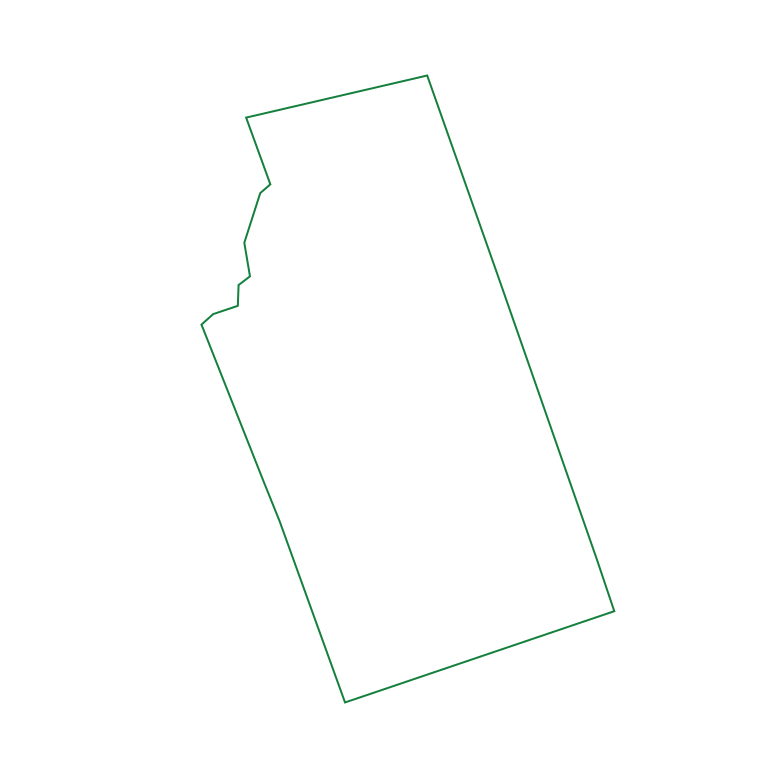 Pike, Ohio, United States of America (Mercator projection), rotated 67°
{"feature_id": "52423323B24396319361709", "entity_name": "Pike", "entity_type": "district", "adm_level": 2, "iso_a3": "USA", "parent_name": "United States of America", "parent_adm1": "Ohio", "projection": "mercator", "projection_center": [-83.162, 39.073], "detail": "fine", "context": "isolated", "style": "outline", "palette": "green", "viewbox_px": 768, "rotation_deg": 67, "n_neighbors": 0, "source": "geoboundaries", "source_scale": "gbopen_adm2", "svg_char_len": 367}
<svg xmlns="http://www.w3.org/2000/svg" viewBox="0 0 768 768"><g transform="rotate(67 384 384)"><path d="M84.9,406.8L155.8,410.6L159.9,423.3L199.4,457.4L232.5,465.3L236.1,479.2L254.9,488.0L252.9,513.9L258.0,528.8L426.0,532.9L469.6,533.7L661.9,544.3L683.1,260.8L628.7,256.6L324.9,236.6L116.9,223.7L84.9,406.8Z" fill="none" stroke="#15803d" stroke-width="2"/></g></svg>